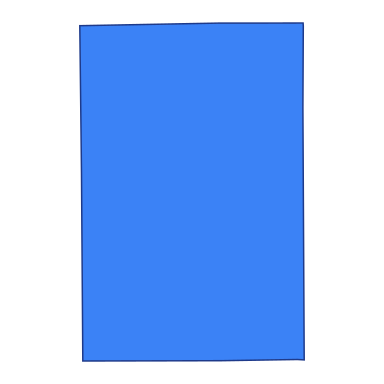 the district of Huntington, Indiana, United States of America
{"feature_id": "52423323B21091538173967", "entity_name": "Huntington", "entity_type": "district", "adm_level": 2, "iso_a3": "USA", "parent_name": "United States of America", "parent_adm1": "Indiana", "projection": "albers", "projection_center": [-85.437, 40.829], "detail": "fine", "context": "isolated", "style": "filled", "palette": "blue", "viewbox_px": 384, "rotation_deg": 0, "n_neighbors": 0, "source": "geoboundaries", "source_scale": "gbopen_adm2", "svg_char_len": 268}
<svg xmlns="http://www.w3.org/2000/svg" viewBox="0 0 384 384"><path d="M302.9,107.7L303.3,26.1L303.1,23.0L260.8,23.1L218.7,23.1L79.8,25.7L81.5,173.3L82.8,361.0L221.1,360.7L297.4,359.5L304.2,359.9L302.9,107.7Z" fill="#3b82f6" stroke="#1e3a8a" stroke-width="1.5"/></svg>